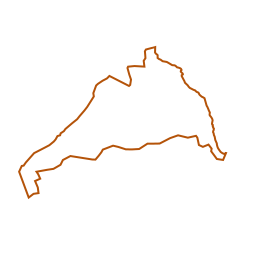 Krowor Municipal, Greater Accra, Ghana, rotated 279°
{"feature_id": "2480657B96734395613726", "entity_name": "Krowor Municipal", "entity_type": "district", "adm_level": 2, "iso_a3": "GHA", "parent_name": "Ghana", "parent_adm1": "Greater Accra", "projection": "equal_earth", "projection_center": [-0.085, 5.613], "detail": "fine", "context": "isolated", "style": "outline", "palette": "amber", "viewbox_px": 256, "rotation_deg": 279, "n_neighbors": 0, "source": "geoboundaries", "source_scale": "gbopen_adm2", "svg_char_len": 2149}
<svg xmlns="http://www.w3.org/2000/svg" viewBox="0 0 256 256"><g transform="rotate(279 128 128)"><path d="M43.8,40.8L48.2,45.0L49.7,49.8L55.2,48.2L61.1,44.5L64.2,49.2L68.2,46.6L70.5,44.5L74.0,54.5L76.0,60.8L81.1,67.1L86.2,68.7L91.3,75.5L91.3,80.8L91.3,86.0L91.3,97.6L91.7,100.8L96.0,103.4L99.9,105.5L102.7,106.5L108.2,116.0L107.8,121.3L106.6,129.1L107.4,134.9L109.0,142.3L115.6,149.7L116.4,154.9L117.6,161.7L124.6,171.2L128.6,178.6L127.8,188.6L130.9,196.4L129.3,198.0L122.3,200.7L121.1,204.9L124.2,210.1L120.7,213.8L118.0,213.8L114.4,217.5L111.3,220.6L111.3,226.9L118.6,228.7L118.6,228.3L118.2,228.1L117.5,228.2L117.2,227.7L117.5,226.8L117.9,225.2L118.8,223.3L121.0,221.1L122.4,219.9L123.6,219.2L125.5,218.4L126.7,218.1L129.8,216.1L132.9,215.0L133.7,214.5L134.4,214.0L136.2,213.4L137.1,212.7L138.1,212.6L139.7,213.0L140.1,212.9L140.9,212.9L141.7,212.0L142.4,211.9L142.8,211.5L143.4,211.3L144.1,211.4L144.3,211.3L144.6,210.7L145.2,210.3L147.2,210.3L148.7,210.4L149.9,209.9L151.0,209.1L152.2,208.0L153.2,206.8L153.9,206.5L156.1,206.4L158.1,205.0L159.2,204.4L161.4,203.0L162.3,202.2L169.4,198.9L170.3,196.7L170.4,196.0L171.8,193.8L172.4,193.1L173.3,192.6L174.0,191.9L174.4,190.2L175.0,189.2L175.6,188.5L176.0,186.6L176.5,185.1L177.3,182.7L178.4,181.3L179.4,180.4L181.0,178.1L181.7,177.1L182.8,176.6L185.3,174.7L187.7,172.9L188.6,172.8L189.5,173.8L190.3,173.5L191.9,171.3L192.8,171.3L193.7,171.8L194.6,171.2L195.1,170.4L195.5,168.7L195.6,167.0L196.8,165.3L197.2,164.2L197.1,163.4L197.0,161.8L198.7,157.6L199.3,156.0L199.4,151.7L200.6,149.5L200.9,148.0L201.8,146.3L203.8,146.0L204.5,145.9L204.9,145.5L205.8,143.9L206.8,142.9L212.2,142.2L209.2,135.4L208.3,133.4L206.4,132.7L202.8,133.6L199.7,134.3L196.8,133.0L191.2,134.6L190.2,124.7L188.6,118.5L187.2,118.1L181.0,120.9L176.3,123.4L170.9,123.4L169.7,122.4L176.5,101.5L173.7,99.5L170.7,95.5L166.9,91.4L165.0,89.9L157.0,88.3L153.8,89.3L142.4,84.4L138.4,82.2L132.1,78.3L128.7,76.4L124.0,72.1L117.2,66.3L114.9,65.2L112.2,62.3L110.2,62.1L109.0,59.6L105.4,58.3L103.1,56.9L98.7,53.0L95.7,49.0L88.5,39.2L78.0,32.5L74.5,30.8L73.9,29.0L67.8,27.3L43.8,40.8Z" fill="none" stroke="#b45309" stroke-width="2"/></g></svg>